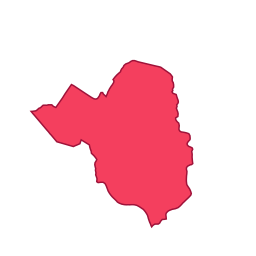 the district of Bequimão, Maranhão, Brazil, rotated 124°
{"feature_id": "56859067B49205705697015", "entity_name": "Bequimão", "entity_type": "district", "adm_level": 2, "iso_a3": "BRA", "parent_name": "Brazil", "parent_adm1": "Maranhão", "projection": "natural_earth1", "projection_center": [-44.779, -2.445], "detail": "fine", "context": "isolated", "style": "filled", "palette": "rose", "viewbox_px": 256, "rotation_deg": 124, "n_neighbors": 0, "source": "geoboundaries", "source_scale": "gbopen_adm2", "svg_char_len": 2778}
<svg xmlns="http://www.w3.org/2000/svg" viewBox="0 0 256 256"><g transform="rotate(124 128 128)"><path d="M196.7,53.1L195.3,53.0L193.9,52.6L192.6,51.9L191.5,50.4L190.7,49.2L189.1,48.6L187.0,48.8L184.7,48.5L183.3,46.7L182.0,45.4L179.8,47.2L178.8,48.1L177.2,48.7L175.4,48.5L174.0,48.1L172.7,47.3L170.7,45.9L168.5,43.7L166.1,42.0L163.9,41.3L161.3,40.8L159.9,40.7L158.3,40.3L154.9,39.6L152.7,39.1L150.7,38.7L148.5,38.4L146.9,38.9L145.5,40.6L144.3,42.5L143.7,43.8L143.0,45.6L142.0,47.7L140.6,48.9L139.4,49.9L137.8,51.0L135.0,52.7L133.2,53.6L131.0,54.9L129.7,56.4L128.3,57.3L126.5,57.3L124.0,56.0L122.7,54.8L121.3,54.4L119.4,56.1L116.3,58.6L114.2,59.9L113.1,60.8L111.8,62.1L109.4,62.5L108.6,63.7L108.8,65.3L109.3,67.6L108.8,69.5L107.6,70.4L105.7,70.5L104.4,70.3L103.0,70.1L101.8,70.7L99.7,72.4L98.7,74.4L99.2,76.3L99.8,78.0L100.4,79.4L101.5,81.7L101.6,83.3L100.8,84.9L99.7,85.6L97.3,86.9L95.6,88.7L95.4,90.3L95.0,91.7L94.3,93.2L92.9,94.2L90.6,93.1L88.2,94.4L86.9,95.7L85.9,97.2L84.5,99.0L82.7,99.4L81.5,100.6L79.8,100.4L78.3,100.8L77.0,102.0L76.1,103.3L74.8,105.0L73.3,106.8L73.7,108.4L74.1,110.1L73.4,111.8L72.0,111.7L70.9,112.9L68.6,113.0L66.6,114.4L65.1,115.9L64.4,117.4L63.1,118.5L60.8,119.7L60.1,121.4L59.5,123.4L59.3,134.8L60.0,136.9L61.3,140.2L67.5,156.7L68.0,158.7L68.5,160.3L69.6,161.9L71.2,162.9L73.4,163.7L76.2,165.7L78.4,166.3L80.4,166.0L82.6,166.3L84.3,166.1L85.6,165.7L87.8,166.3L90.3,166.9L93.1,167.3L96.2,167.5L96.8,166.0L98.4,165.3L101.1,165.2L102.8,165.3L106.0,165.2L107.9,164.9L109.4,164.8L110.9,164.3L114.2,163.8L113.9,165.6L113.7,167.3L112.8,168.9L113.7,170.2L115.5,170.1L117.2,169.7L119.1,169.7L120.6,169.8L122.0,170.8L122.8,172.5L123.0,174.3L123.1,176.2L123.2,183.0L123.3,196.8L123.6,199.2L134.6,199.3L139.7,199.1L151.3,199.3L151.8,201.8L151.4,204.2L153.4,207.1L154.5,208.0L155.5,209.6L156.6,211.1L158.6,211.6L160.1,211.9L161.5,212.9L164.0,213.5L165.3,214.0L167.4,216.3L168.4,217.6L169.3,214.7L169.9,212.4L170.8,209.2L171.5,206.7L175.0,194.3L175.6,191.9L176.4,189.5L176.8,187.7L177.6,184.9L179.2,179.3L173.9,162.9L172.2,161.9L170.9,161.0L167.9,159.1L164.0,160.2L163.6,150.6L165.2,149.0L166.6,147.3L167.8,145.6L169.4,144.2L170.0,140.7L170.8,138.1L171.5,136.3L172.9,136.0L175.2,135.9L177.0,135.0L178.4,133.6L179.7,132.1L181.2,131.4L183.2,129.4L184.9,128.6L186.1,126.9L187.4,125.3L190.0,123.9L190.0,122.3L188.2,120.2L186.9,118.3L186.9,116.0L188.0,113.9L190.4,110.5L191.3,109.3L192.5,106.8L193.2,104.9L193.8,102.8L194.2,100.8L194.5,98.9L194.9,96.8L195.3,95.4L195.2,93.3L194.6,90.6L193.6,88.2L192.5,86.3L191.6,85.1L190.8,83.8L189.5,82.1L188.2,80.1L187.2,77.5L186.9,74.6L186.9,71.9L186.9,69.7L187.7,66.9L188.5,65.0L189.3,63.3L190.2,62.1L191.8,60.3L193.0,58.7L194.1,57.2L194.9,55.8L196.0,54.4L196.7,53.1Z" fill="#f43f5e" stroke="#9f1239" stroke-width="1.5"/></g></svg>